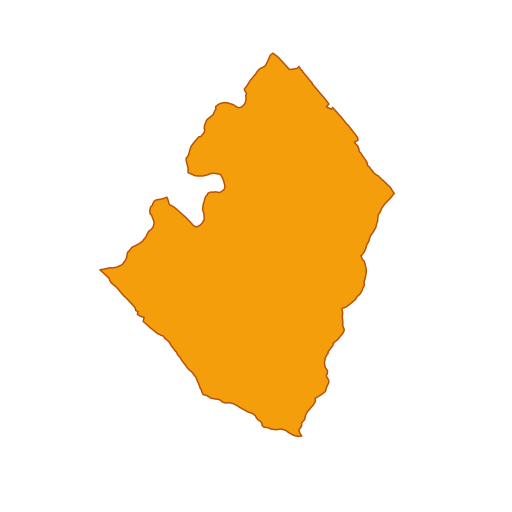 Urdari, Gorj, Romania, rotated 250°
{"feature_id": "2599482B90293450056050", "entity_name": "Urdari", "entity_type": "district", "adm_level": 2, "iso_a3": "ROU", "parent_name": "Romania", "parent_adm1": "Gorj", "projection": "orthographic", "projection_center": [23.282, 44.799], "detail": "fine", "context": "isolated", "style": "filled", "palette": "amber", "viewbox_px": 512, "rotation_deg": 250, "n_neighbors": 0, "source": "geoboundaries", "source_scale": "gbopen_adm2", "svg_char_len": 6099}
<svg xmlns="http://www.w3.org/2000/svg" viewBox="0 0 512 512"><g transform="rotate(250 256 256)"><path d="M419.3,361.2L418.2,359.1L418.4,358.0L419.1,354.1L419.4,352.4L419.7,351.8L420.1,351.1L427.6,348.1L434.4,345.2L436.7,344.0L440.5,341.5L440.7,341.3L440.5,340.5L440.2,339.2L440.0,338.6L439.4,337.7L435.0,333.6L432.5,330.8L431.6,329.5L431.2,328.8L430.8,324.5L430.3,322.8L429.9,321.9L428.8,320.0L427.2,318.0L425.9,315.6L424.9,314.2L423.1,310.7L419.4,306.2L417.1,302.5L416.7,302.1L415.7,301.9L413.4,302.5L412.0,302.6L411.0,302.0L410.3,301.2L408.1,300.8L405.4,299.5L403.6,298.1L402.7,297.2L402.4,296.8L401.6,295.0L401.1,293.5L401.0,292.3L401.1,291.5L401.4,290.1L402.9,288.7L406.3,286.1L408.1,283.6L409.0,282.7L410.5,280.0L410.9,278.7L411.5,276.2L411.5,273.9L411.1,271.8L410.3,269.4L409.7,269.0L407.7,268.5L407.2,268.1L407.0,267.6L406.4,266.7L403.7,264.3L403.1,263.1L401.1,257.0L400.2,255.8L397.0,252.9L395.7,252.0L394.8,251.5L393.7,251.0L391.9,251.0L389.6,249.2L387.1,245.0L387.6,243.1L387.5,242.9L383.6,236.0L381.5,232.9L380.4,231.7L379.2,230.8L373.9,227.0L372.4,225.2L372.2,224.2L370.6,223.3L369.3,223.0L362.0,222.3L357.7,220.7L357.2,221.0L354.9,223.6L352.7,225.6L351.2,228.4L349.7,232.5L349.2,234.3L348.8,238.9L349.0,240.9L348.5,243.4L348.1,244.9L345.4,249.7L345.0,250.2L344.4,250.6L343.5,250.8L339.4,251.3L333.3,250.9L331.5,250.3L329.9,249.2L329.2,248.4L328.6,246.3L328.3,245.8L328.2,243.8L328.4,242.8L328.6,242.3L329.4,241.4L330.4,239.1L330.5,238.7L330.5,237.6L331.2,236.4L331.6,234.7L331.6,234.1L331.4,232.3L330.3,231.2L328.7,228.7L327.2,227.4L325.0,226.0L322.7,224.1L318.8,222.1L317.6,221.7L313.5,221.5L309.0,220.2L307.9,219.7L305.6,217.2L305.1,216.4L303.9,213.2L303.7,210.6L303.7,210.1L304.4,209.0L306.3,207.5L306.9,207.2L308.6,206.6L315.6,203.6L327.4,197.2L329.2,196.2L331.0,194.9L334.0,192.1L334.7,192.2L337.3,192.4L340.3,192.5L341.7,192.3L341.6,190.2L341.8,186.7L342.6,182.6L342.8,181.1L342.3,179.0L341.8,178.4L340.4,176.9L339.4,176.4L338.0,173.6L335.7,172.1L333.4,171.2L332.3,171.0L331.0,171.3L330.0,171.8L323.0,171.9L321.5,171.3L320.3,170.6L319.0,169.6L318.1,168.7L317.5,167.9L316.7,166.3L315.9,163.5L311.8,159.2L311.1,158.3L310.3,156.7L309.0,154.9L307.7,151.1L307.0,146.2L306.7,145.0L306.8,143.4L306.4,142.0L304.8,139.7L303.4,136.8L303.1,136.4L302.9,136.2L299.8,134.5L298.0,133.2L297.1,132.4L294.0,127.8L293.5,126.3L293.1,120.9L293.4,120.1L293.8,118.3L293.8,117.2L293.9,116.9L294.9,114.9L295.8,107.6L296.3,105.4L296.2,104.7L289.2,108.4L287.2,109.3L285.9,110.1L285.0,110.4L283.7,110.2L280.6,110.6L274.2,114.3L267.5,116.7L262.7,118.6L261.9,119.2L260.7,119.8L251.2,123.8L249.5,124.5L246.7,124.6L246.0,124.3L244.1,126.1L241.8,124.6L238.9,126.8L236.6,129.8L233.1,127.6L227.2,130.9L225.0,131.9L220.6,134.7L216.6,136.9L215.9,138.0L214.1,139.5L213.2,140.7L212.3,141.6L211.7,141.9L209.8,142.1L207.0,143.9L204.9,144.9L200.2,145.8L197.0,146.9L195.1,147.4L192.6,148.4L189.9,148.6L186.8,149.9L182.3,150.8L178.4,152.1L174.2,153.3L172.3,154.0L169.4,155.8L166.9,156.7L164.7,157.3L162.6,158.1L159.0,158.1L156.4,158.4L150.8,158.4L150.2,158.4L148.8,158.9L147.0,158.6L144.3,158.9L143.7,159.1L143.3,159.6L142.7,160.8L141.8,161.9L140.4,163.2L138.8,164.3L137.7,165.2L135.4,169.1L134.2,171.7L132.1,173.7L130.6,174.3L130.2,174.6L128.5,176.8L128.2,177.3L127.7,179.6L126.8,181.4L125.2,184.0L121.8,187.2L119.2,189.0L114.1,193.5L112.7,194.5L111.7,195.7L109.9,198.1L109.0,199.1L106.0,200.8L103.9,201.0L102.2,201.6L100.9,202.2L99.6,203.3L98.5,203.9L96.9,204.2L96.0,204.1L94.7,203.8L92.4,204.9L92.0,205.8L91.2,207.0L90.8,208.4L88.6,210.5L88.0,211.3L87.4,212.5L85.9,215.4L85.0,219.9L84.8,220.5L84.0,221.4L83.3,222.7L81.6,224.5L79.3,226.0L75.8,228.9L74.6,230.1L73.4,231.7L72.5,233.2L72.0,234.1L71.5,236.1L71.3,237.3L73.6,236.8L76.8,236.7L77.3,236.8L78.3,237.3L78.7,237.7L79.4,239.3L80.3,240.0L81.2,241.0L83.4,241.6L84.5,243.4L85.6,245.7L85.9,245.9L89.0,247.9L90.1,248.8L91.5,250.4L92.6,251.9L93.9,254.6L94.9,255.9L95.8,258.0L97.5,260.3L98.7,261.6L99.6,262.3L100.7,262.7L101.9,262.8L102.1,263.4L102.4,265.2L103.4,270.0L104.5,273.6L105.1,274.8L105.9,275.7L107.2,276.4L108.9,277.8L112.2,281.1L113.4,281.6L115.1,281.7L116.2,281.6L118.2,281.1L119.4,281.1L120.0,281.5L120.5,282.3L120.7,282.6L121.6,282.8L122.6,283.6L123.2,283.8L124.5,283.9L126.0,283.3L128.6,283.0L129.0,283.2L132.6,283.8L132.9,284.0L134.8,285.4L136.5,286.2L137.6,287.4L138.1,288.2L139.1,288.8L139.3,289.4L140.0,290.6L140.8,290.9L141.1,290.7L145.4,297.4L146.1,298.1L147.1,298.3L147.5,298.7L147.7,299.6L148.3,300.7L149.6,304.3L151.7,307.9L152.3,308.5L152.9,310.0L153.4,310.8L155.3,312.9L156.2,313.5L157.1,313.8L160.7,313.7L165.2,315.3L169.5,316.3L170.9,317.1L173.5,318.2L176.4,318.5L177.1,318.8L177.3,319.2L177.3,319.8L177.2,322.4L177.3,323.3L178.5,327.4L180.5,332.7L181.1,334.5L181.6,335.2L183.1,336.7L184.4,340.2L185.7,342.1L187.2,343.8L189.0,345.2L190.6,347.0L192.0,348.0L194.9,348.8L197.5,350.8L202.7,353.9L206.2,355.2L208.4,355.3L211.2,355.8L213.9,355.9L214.8,355.7L216.2,354.8L219.1,354.8L220.4,354.6L220.4,355.4L220.6,355.8L221.8,357.4L222.6,358.9L224.9,361.2L229.1,364.4L230.6,366.3L231.7,367.4L233.6,368.7L236.0,370.8L239.1,375.2L241.8,378.3L243.2,379.3L245.4,380.5L246.1,381.3L247.6,382.5L249.9,383.4L252.7,384.8L253.8,386.2L254.4,387.3L255.8,388.6L257.7,390.2L260.5,394.3L261.0,395.3L261.3,395.5L262.2,397.7L264.1,401.6L264.4,402.0L265.1,403.5L266.6,405.5L267.3,407.2L267.5,407.3L270.5,406.5L274.2,405.8L275.8,405.2L276.4,404.8L279.5,403.2L283.4,401.4L285.8,399.9L289.1,398.5L290.1,397.8L290.7,397.1L291.4,396.6L294.0,395.0L296.2,394.5L298.0,393.7L301.1,392.9L302.2,392.1L303.4,391.8L304.0,391.9L304.5,392.1L304.7,392.4L308.3,391.9L313.6,390.4L317.1,389.7L317.6,389.5L318.7,388.8L319.4,388.8L321.8,389.4L323.9,389.1L324.2,389.3L328.8,387.4L329.2,387.4L329.4,387.6L329.8,391.2L330.4,391.6L331.6,391.9L333.0,391.8L337.2,390.7L339.3,389.9L346.2,387.7L350.4,385.9L355.8,384.1L366.7,379.9L369.3,378.7L368.1,377.2L370.8,374.2L372.2,373.2L373.9,376.5L381.5,374.1L388.7,371.3L394.0,369.4L395.4,368.8L398.4,367.9L399.2,367.9L412.4,363.2L413.5,362.9L414.3,362.9L414.5,362.5L414.9,362.3L419.3,361.2Z" fill="#f59e0b" stroke="#b45309" stroke-width="1.5"/></g></svg>